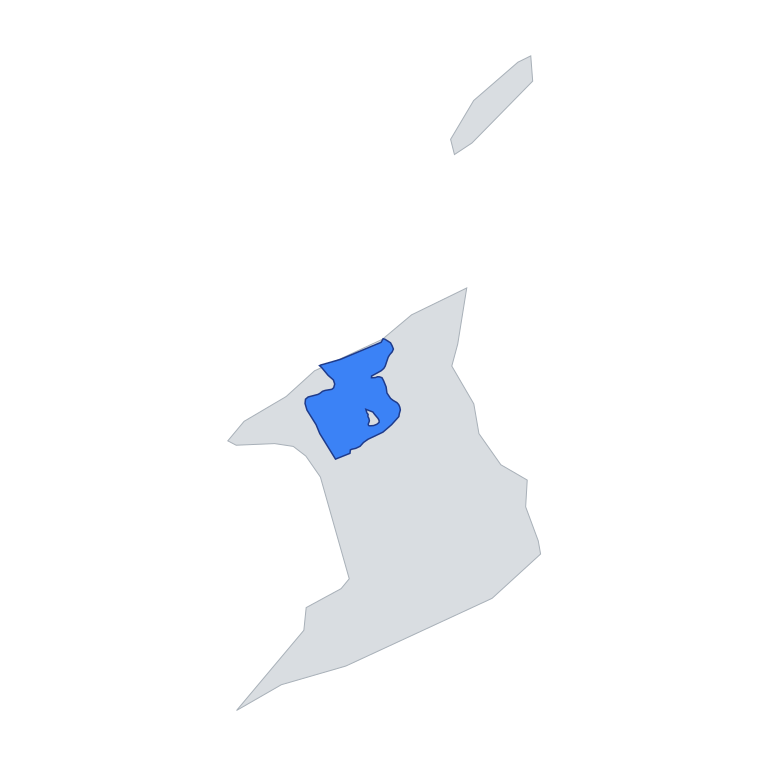 where Tunapuna/Piarco sits in Trinidad and Tobago, rotated 337°
{"feature_id": "TTO-61", "entity_name": "Tunapuna/Piarco", "entity_type": "Region", "adm_level": 1, "iso_a3": "TTO", "parent_name": "Trinidad and Tobago", "parent_adm1": "", "projection": "mercator", "projection_center": [-61.281, 10.685], "detail": "fine", "context": "in_parent", "style": "filled", "palette": "blue", "viewbox_px": 768, "rotation_deg": 337, "n_neighbors": 0, "source": "natural_earth", "source_scale": "10m", "svg_char_len": 1747}
<svg xmlns="http://www.w3.org/2000/svg" viewBox="0 0 768 768"><g transform="rotate(337 384 384)"><path d="M461.7,601.7L399.8,623.5L238.7,628.7L172.0,620.7L120.7,626.9L214.0,579.4L225.0,559.4L264.6,555.6L275.9,549.7L289.1,444.8L283.9,419.8L276.1,406.0L260.0,396.1L224.0,382.6L218.0,375.3L240.6,363.7L289.0,357.3L325.2,344.7L400.0,342.2L436.4,331.1L497.7,327.9L467.5,376.0L453.4,394.0L458.9,437.4L452.0,466.8L460.0,504.0L478.3,528.4L466.4,552.4L464.7,588.7L461.7,601.7ZM559.2,196.5L538.5,200.3L540.9,184.8L577.3,158.1L633.0,140.1L647.3,139.3L639.2,163.3L559.2,196.5Z" fill="#d9dde1" stroke="#a8b0b8" stroke-width="1"/><path d="M331.8,341.9L333.2,341.8L353.4,344.3L397.6,344.5L400.9,342.0L402.4,343.2L406.1,348.6L406.4,352.0L406.3,355.5L404.1,357.6L400.8,359.2L398.3,361.0L392.1,368.0L389.9,369.6L386.5,370.7L375.7,371.8L374.9,373.3L376.6,374.0L378.5,374.7L380.9,374.8L382.6,375.6L384.6,377.4L384.9,380.6L384.8,387.5L383.2,393.4L384.4,399.8L385.9,402.5L388.7,406.3L389.5,408.7L389.5,411.5L388.9,414.3L386.5,417.3L384.9,419.8L375.1,424.4L364.2,427.9L347.7,428.6L342.3,429.8L337.6,432.0L332.8,432.2L329.1,431.5L327.3,431.5L325.6,434.5L310.0,434.2L305.5,404.6L305.6,394.9L302.9,377.9L303.7,371.1L305.8,367.3L309.1,366.3L319.2,367.8L321.7,367.5L324.5,366.7L327.3,366.9L333.9,368.5L336.2,367.8L338.6,364.8L339.0,360.5L335.9,354.1L333.0,344.4L331.8,341.9ZM361.6,418.3L363.4,417.8L364.6,417.3L365.2,415.8L365.1,413.5L363.4,408.0L362.8,405.4L357.4,400.2L357.0,403.7L357.1,404.6L357.4,405.2L357.5,405.7L357.3,406.2L357.0,406.6L356.6,407.1L356.5,407.8L356.5,408.5L356.6,409.2L356.6,409.9L356.2,412.1L355.6,412.9L354.2,414.3L353.7,415.0L353.6,415.7L353.8,416.4L354.7,417.0L358.2,418.2L361.6,418.3Z" fill="#3b82f6" stroke="#1e3a8a" stroke-width="1.5"/></g></svg>